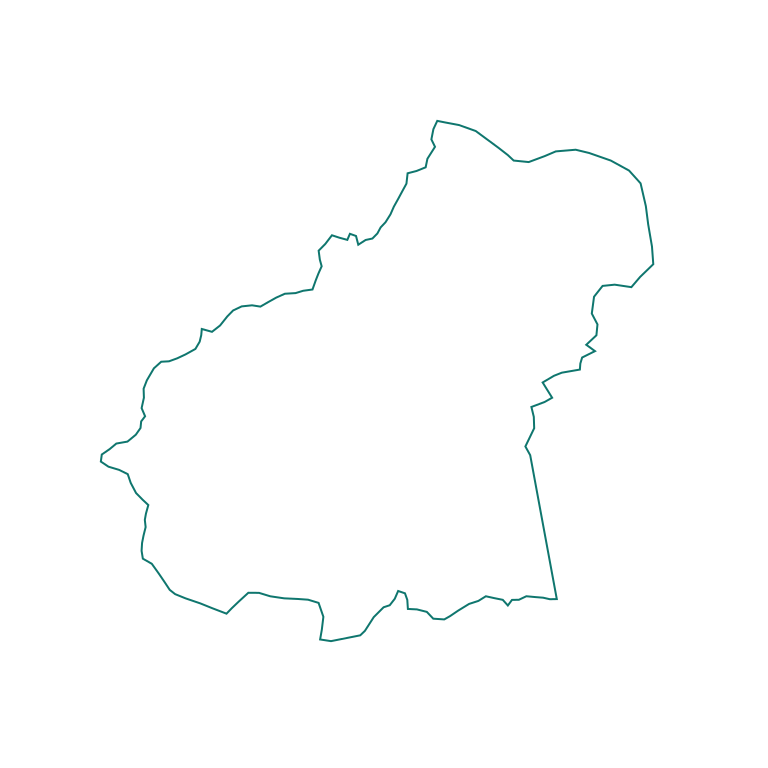 outline of São Francisco de Goiás, Goiás, Brazil, rotated 258°
{"feature_id": "56859067B73146836440208", "entity_name": "São Francisco de Goiás", "entity_type": "district", "adm_level": 2, "iso_a3": "BRA", "parent_name": "Brazil", "parent_adm1": "Goiás", "projection": "albers", "projection_center": [-49.255, -15.95], "detail": "fine", "context": "isolated", "style": "outline", "palette": "teal", "viewbox_px": 768, "rotation_deg": 258, "n_neighbors": 0, "source": "geoboundaries", "source_scale": "gbopen_adm2", "svg_char_len": 2227}
<svg xmlns="http://www.w3.org/2000/svg" viewBox="0 0 768 768"><g transform="rotate(258 384 384)"><path d="M143.5,278.7L143.1,308.5L146.5,314.0L158.1,325.5L165.7,337.2L166.4,343.6L171.7,349.9L178.6,354.8L174.9,361.0L168.0,361.9L159.0,360.6L156.7,369.3L152.2,378.5L144.2,383.4L141.2,394.0L143.2,400.3L146.9,409.4L151.2,421.5L152.2,431.2L155.2,439.5L151.6,447.4L148.2,455.3L141.6,459.1L146.2,464.3L144.9,471.1L146.8,479.1L144.0,488.1L141.9,495.2L139.0,501.5L137.7,508.3L284.0,512.2L293.5,509.3L309.5,521.7L320.7,523.7L330.9,523.4L333.0,537.3L335.6,545.6L352.5,539.5L356.7,552.0L358.1,560.3L357.4,578.6L363.2,580.3L368.7,583.3L372.3,597.2L380.3,590.0L387.5,601.9L397.9,605.2L409.7,601.9L425.7,607.6L434.5,618.2L433.2,630.3L427.3,646.1L435.5,656.8L445.2,672.3L462.7,674.7L485.2,675.6L503.5,677.1L526.9,676.7L541.8,668.1L555.4,652.3L567.3,632.7L573.3,620.2L575.8,600.4L573.5,588.6L571.0,571.7L575.6,557.3L582.2,552.7L591.1,545.2L612.4,526.3L621.7,511.2L627.2,498.0L630.3,490.8L623.0,485.3L613.4,481.2L605.4,483.2L595.3,473.3L587.3,469.8L585.6,460.1L585.2,450.9L575.3,447.6L568.9,442.1L562.4,436.6L555.4,430.5L548.6,425.6L541.9,419.1L537.9,413.3L532.6,408.8L528.7,402.9L528.7,396.0L525.6,387.8L534.6,387.4L538.0,381.9L532.6,378.1L536.3,370.9L540.3,364.0L533.2,355.7L528.0,347.8L519.0,347.1L512.1,347.5L505.8,342.9L499.6,338.8L491.3,333.7L492.0,324.3L491.3,316.4L492.9,305.8L490.9,296.5L488.2,287.8L485.4,279.2L488.4,271.3L489.5,260.9L487.3,251.7L482.7,244.8L475.3,235.8L470.8,226.6L475.7,217.2L469.8,215.4L463.7,212.5L457.5,206.8L454.2,196.0L452.1,187.0L450.9,178.4L452.1,170.7L447.2,162.2L436.9,152.8L429.4,147.9L420.5,146.3L410.8,141.9L402.1,143.6L397.9,138.7L391.6,136.7L386.0,130.7L381.0,121.1L381.4,109.8L377.4,102.2L373.7,93.3L367.0,90.9L360.4,97.3L355.1,107.0L349.1,114.6L339.9,115.7L328.9,118.8L320.9,123.9L314.6,128.3L306.7,124.2L300.8,121.8L293.6,121.1L285.8,117.3L278.8,114.3L271.2,112.2L263.3,111.8L256.4,119.5L245.4,124.3L236.1,128.1L227.2,131.6L221.9,136.0L215.6,145.3L207.6,158.7L200.4,169.4L192.1,182.2L196.4,188.6L201.4,196.7L208.0,207.9L205.7,218.3L200.0,228.6L195.1,241.8L191.7,254.8L188.8,264.9L183.5,274.5L168.9,276.3L156.6,272.1L147.4,268.4L143.5,278.7Z" fill="none" stroke="#0f766e" stroke-width="2"/></g></svg>